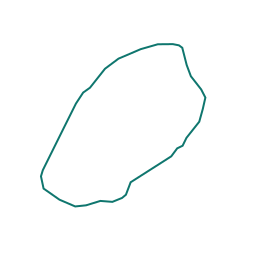 Onou, Federated States of Micronesia (Robinson projection), rotated 302°
{"feature_id": "79324940B32817940895565", "entity_name": "Onou", "entity_type": "district", "adm_level": 2, "iso_a3": "FSM", "parent_name": "Federated States of Micronesia", "parent_adm1": "", "projection": "robinson", "projection_center": [150.292, 8.798], "detail": "fine", "context": "isolated", "style": "outline", "palette": "teal", "viewbox_px": 256, "rotation_deg": 302, "n_neighbors": 0, "source": "geoboundaries", "source_scale": "gbopen_adm2", "svg_char_len": 538}
<svg xmlns="http://www.w3.org/2000/svg" viewBox="0 0 256 256"><g transform="rotate(302 128 128)"><path d="M31.9,88.5L30.9,107.9L33.5,124.8L40.2,133.4L51.5,143.2L57.1,153.9L65.5,160.0L70.3,161.6L83.4,159.0L126.9,179.7L136.8,180.5L141.9,183.7L150.7,182.8L171.1,185.1L183.9,181.3L194.8,177.5L199.5,169.6L205.2,153.9L212.5,144.4L224.8,131.5L225.1,127.4L222.9,121.6L214.8,108.9L201.6,97.0L181.8,83.2L166.1,77.1L142.0,74.4L134.3,71.2L121.1,70.9L93.0,73.6L47.1,78.1L40.9,79.8L31.9,88.5Z" fill="none" stroke="#0f766e" stroke-width="2"/></g></svg>